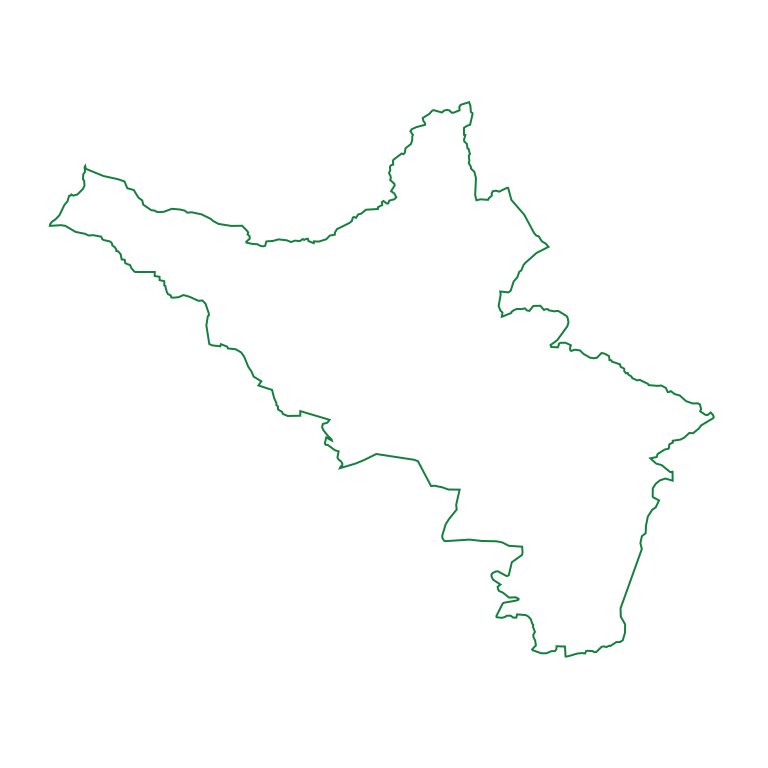 outline of Atolinga, Zacatecas, Mexico, rotated 88°
{"feature_id": "50627088B11442495571788", "entity_name": "Atolinga", "entity_type": "district", "adm_level": 2, "iso_a3": "MEX", "parent_name": "Mexico", "parent_adm1": "Zacatecas", "projection": "natural_earth1", "projection_center": [-103.443, 21.766], "detail": "fine", "context": "isolated", "style": "outline", "palette": "green", "viewbox_px": 768, "rotation_deg": 88, "n_neighbors": 0, "source": "geoboundaries", "source_scale": "gbopen_adm2", "svg_char_len": 6139}
<svg xmlns="http://www.w3.org/2000/svg" viewBox="0 0 768 768"><g transform="rotate(88 384 384)"><path d="M155.7,675.0L156.6,675.6L161.7,675.5L163.8,677.2L168.8,677.7L170.3,676.6L175.3,676.4L178.6,678.1L183.9,683.8L184.9,688.0L183.7,689.8L184.7,690.5L184.9,692.1L190.5,694.0L193.8,697.1L204.0,702.5L208.2,706.8L210.2,710.1L212.5,712.0L214.3,712.4L214.0,701.3L214.8,697.0L221.2,687.0L223.5,677.5L225.3,674.1L225.1,669.6L226.9,661.4L229.4,660.5L230.4,659.0L231.8,653.4L232.9,651.8L234.3,650.8L236.0,650.7L238.0,648.2L240.1,646.9L241.7,646.9L242.1,645.1L245.0,642.7L250.4,641.8L250.7,638.9L254.3,638.3L256.4,633.5L259.1,632.6L262.7,629.8L263.4,628.6L264.1,609.2L268.1,609.4L269.0,604.6L272.4,604.6L273.6,600.0L277.9,600.1L278.5,599.1L283.9,598.0L286.5,596.9L288.0,594.1L289.9,593.7L290.4,592.0L290.1,586.2L288.1,581.3L290.0,575.4L294.4,566.5L294.2,562.6L297.5,559.6L307.4,556.6L309.4,556.6L310.1,557.7L319.2,559.5L338.0,557.2L339.4,554.3L340.6,546.3L338.5,545.6L341.2,539.4L343.0,538.8L344.1,531.0L347.5,525.6L351.8,522.8L361.9,519.1L367.1,515.9L372.1,514.0L377.0,506.5L381.1,509.5L386.0,496.1L394.2,494.3L399.0,492.3L401.5,492.2L402.7,490.8L405.7,490.8L408.4,486.8L410.4,486.1L412.6,481.3L412.8,468.8L408.2,468.6L417.9,439.6L420.7,442.0L421.8,446.5L424.9,447.4L428.0,446.2L434.1,441.7L437.2,438.5L438.7,438.1L435.4,443.6L441.2,445.2L442.7,444.5L442.9,442.4L448.5,435.3L449.7,431.7L455.9,433.1L457.7,432.1L460.1,429.5L462.2,428.4L463.7,428.5L464.9,430.1L466.6,431.0L462.6,415.5L459.5,407.0L453.7,394.1L460.8,356.5L462.3,352.8L487.7,340.5L487.4,337.4L489.2,329.6L491.7,323.4L492.2,312.1L507.3,316.1L511.9,315.7L521.3,323.8L526.4,327.3L537.7,331.1L540.0,331.0L542.7,329.4L543.2,328.1L542.5,304.0L544.3,291.7L545.1,277.2L546.4,271.5L550.1,264.8L551.4,251.6L557.5,251.4L559.7,252.1L566.6,262.5L579.3,265.9L580.2,267.3L580.0,268.6L575.2,276.7L575.2,278.5L576.6,281.9L578.0,283.2L580.0,283.3L583.3,281.9L588.5,274.6L590.6,277.5L593.0,277.2L594.9,276.2L596.5,272.7L601.8,266.5L601.8,259.7L603.4,257.0L604.3,257.2L605.1,259.7L606.8,271.9L607.6,273.1L619.9,279.8L621.0,279.6L621.8,274.5L621.1,271.3L619.9,269.5L620.0,265.4L621.9,263.2L622.1,259.9L618.9,259.0L619.9,250.3L621.5,247.8L624.2,245.5L628.8,244.2L630.0,243.2L631.7,243.7L637.0,241.8L640.0,243.6L642.4,243.4L645.6,241.9L650.5,241.3L654.4,245.2L655.2,244.8L658.6,236.3L658.8,231.2L656.8,225.9L656.9,222.4L655.0,221.0L652.1,220.7L652.7,212.3L662.1,212.1L662.7,212.0L662.6,209.8L660.2,200.5L659.8,195.8L660.3,192.4L657.9,191.3L657.7,190.1L658.2,184.8L659.3,183.3L659.3,181.2L654.2,175.7L653.9,173.9L654.6,170.7L653.4,167.9L653.8,167.0L650.1,160.9L650.1,157.0L648.4,154.3L640.9,151.8L632.6,151.4L624.8,155.5L616.4,155.4L558.0,132.1L551.9,133.3L545.1,131.6L542.2,127.7L534.7,127.1L525.8,125.0L519.1,120.4L516.7,116.7L509.9,113.2L506.7,118.9L505.7,119.4L497.6,119.0L493.1,115.8L489.9,111.5L488.3,106.0L490.7,98.9L481.8,98.7L482.1,100.9L474.7,109.4L473.1,114.7L467.6,120.4L466.5,114.0L463.5,113.0L459.3,105.7L458.5,101.7L454.2,100.9L452.6,97.4L450.8,97.4L449.9,89.7L448.1,85.8L443.6,80.6L444.0,76.9L439.4,70.8L436.5,68.6L429.7,56.3L428.6,55.6L426.6,56.2L423.9,58.5L426.3,61.7L426.0,63.9L422.3,69.0L420.1,67.9L415.3,69.1L414.3,70.9L414.2,76.2L411.7,82.7L405.8,88.8L404.2,93.9L401.1,97.6L402.1,99.8L402.0,100.7L397.8,102.5L395.2,106.8L395.4,110.4L394.4,119.4L393.0,120.3L388.8,128.3L389.2,130.9L386.8,135.7L385.2,136.4L383.0,139.6L381.4,140.1L381.8,141.7L379.9,143.3L377.0,143.5L375.1,146.9L372.6,147.4L369.6,155.4L368.3,155.9L368.0,157.8L364.0,158.1L361.4,162.4L360.6,165.5L365.2,170.3L365.6,173.3L364.9,177.2L360.8,183.7L357.3,186.9L356.4,192.1L357.5,195.8L356.5,196.7L354.1,196.8L351.8,195.9L349.1,201.2L349.0,206.3L349.6,207.5L353.4,208.9L352.9,215.5L350.9,216.2L346.3,209.4L332.8,198.8L328.9,197.5L324.6,198.1L322.4,199.2L317.0,207.4L317.3,211.5L316.1,216.7L314.9,217.7L314.9,219.9L315.6,221.5L311.3,225.0L311.2,231.0L311.4,232.3L316.0,236.1L315.5,238.5L313.3,240.6L314.0,244.1L313.6,248.5L314.9,251.9L316.6,254.2L317.5,254.4L320.9,263.9L316.7,263.1L314.7,265.1L310.0,266.7L298.8,264.3L295.6,264.6L296.8,256.4L295.1,254.1L286.0,250.8L281.8,246.9L276.8,245.0L275.1,242.7L269.9,240.4L268.0,238.7L258.3,226.9L252.7,214.8L249.3,217.5L246.9,221.3L241.8,224.2L241.1,226.6L238.2,228.8L219.8,237.9L204.4,250.3L192.3,253.1L192.2,254.1L195.8,262.3L194.7,265.3L195.2,268.6L197.1,269.6L199.5,269.7L202.0,272.7L203.6,273.6L202.8,281.1L203.6,285.2L198.3,286.3L181.5,284.9L175.1,286.3L171.7,289.6L169.9,289.6L166.1,291.6L164.0,290.9L158.6,291.3L157.3,290.1L151.9,291.3L151.5,292.3L146.8,292.9L144.5,295.2L142.9,295.6L138.0,294.0L137.7,295.4L130.8,295.1L128.9,292.1L127.9,288.9L117.7,286.2L116.4,286.1L115.1,287.7L109.4,287.9L105.3,289.1L107.7,297.7L109.5,299.0L113.1,298.9L115.3,305.2L115.3,306.7L112.8,309.3L112.2,311.5L113.0,314.7L114.7,316.6L112.0,325.0L112.7,326.5L115.6,329.2L119.5,336.0L122.4,335.5L125.0,333.8L126.4,333.9L128.4,342.7L130.4,347.4L132.4,348.8L136.1,346.4L137.6,347.1L141.4,347.3L145.1,348.7L149.1,354.2L153.7,355.2L155.0,356.5L154.3,358.3L160.1,366.6L161.3,367.3L165.0,367.1L165.7,369.5L167.3,370.5L170.7,370.3L173.4,371.7L176.0,370.3L178.4,370.0L180.3,370.7L184.4,366.6L186.0,366.4L191.5,370.2L194.0,367.0L197.9,365.2L199.8,367.4L200.9,372.3L203.7,373.5L203.7,375.0L201.1,378.2L202.2,379.8L205.1,379.5L207.1,383.8L208.9,384.0L209.2,395.9L213.0,400.9L213.6,403.8L217.0,406.2L216.0,408.2L216.7,409.4L219.9,410.4L221.8,412.8L227.6,425.6L231.0,427.8L233.0,427.9L233.8,433.0L237.3,436.6L239.4,444.1L239.0,449.0L240.8,449.3L238.5,454.5L236.2,455.0L236.2,456.2L237.2,458.9L236.3,460.1L238.3,463.2L237.6,468.0L238.9,472.0L237.0,476.1L235.8,484.5L237.2,490.2L237.3,495.2L237.5,496.7L241.7,497.9L242.2,499.7L241.8,502.4L239.9,505.7L239.3,511.3L237.9,516.5L237.0,516.7L234.1,513.1L231.5,513.2L229.7,515.1L227.8,514.4L225.8,515.8L220.9,520.3L220.7,531.1L218.2,543.9L214.9,549.4L213.1,551.1L208.1,560.4L205.7,570.1L205.9,574.6L203.7,577.2L202.5,581.8L201.5,589.9L204.2,597.9L204.4,603.0L204.0,605.2L202.7,607.0L202.2,610.5L196.3,618.4L192.1,619.2L189.2,622.9L181.4,627.3L179.4,633.7L172.5,636.3L170.0,642.9L166.4,657.0L158.5,674.6L155.7,675.0Z" fill="none" stroke="#15803d" stroke-width="2"/></g></svg>